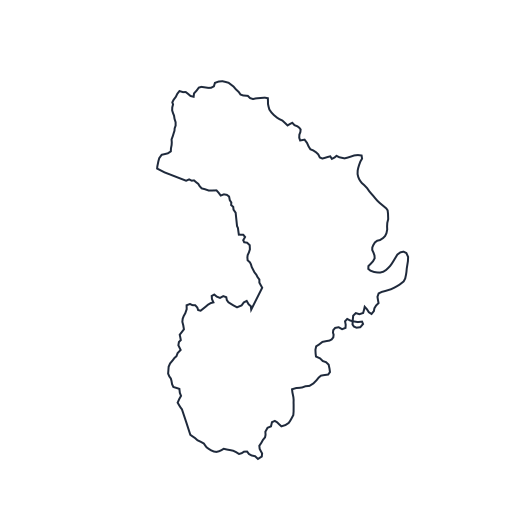 outline of Porto União, Santa Catarina, Brazil, rotated 63°
{"feature_id": "56859067B45353158898051", "entity_name": "Porto União", "entity_type": "district", "adm_level": 2, "iso_a3": "BRA", "parent_name": "Brazil", "parent_adm1": "Santa Catarina", "projection": "mercator", "projection_center": [-51.004, -26.394], "detail": "fine", "context": "isolated", "style": "outline", "palette": "slate", "viewbox_px": 512, "rotation_deg": 63, "n_neighbors": 0, "source": "geoboundaries", "source_scale": "gbopen_adm2", "svg_char_len": 5149}
<svg xmlns="http://www.w3.org/2000/svg" viewBox="0 0 512 512"><g transform="rotate(63 256 256)"><path d="M74.3,249.3L75.7,252.4L77.8,255.2L79.4,258.5L81.1,260.8L83.3,261.1L85.5,263.1L88.2,264.6L91.2,265.1L93.7,265.3L96.7,266.3L100.3,266.9L103.3,268.4L105.3,270.5L107.4,271.8L109.0,273.4L111.3,275.6L113.8,278.3L116.6,279.5L118.8,280.8L121.5,282.9L124.1,284.4L124.5,287.9L123.8,290.9L123.0,294.1L124.9,297.8L127.3,300.0L129.2,301.5L131.3,303.2L133.2,304.4L140.0,299.5L157.2,284.1L157.4,280.8L159.7,279.1L160.5,276.9L163.0,275.9L165.5,274.7L168.2,274.5L171.1,273.7L173.2,271.3L176.3,268.3L178.1,264.6L179.6,261.4L182.6,260.6L186.1,260.0L186.5,256.6L188.3,254.2L190.8,253.0L194.4,254.0L197.1,253.7L199.3,255.0L201.9,254.0L204.5,255.0L208.2,254.5L220.7,259.3L222.9,259.4L225.7,260.4L229.2,261.6L231.3,257.7L234.1,257.1L236.1,260.2L238.4,260.3L240.1,257.9L243.5,256.7L247.3,258.4L249.6,260.7L251.4,263.0L253.3,264.3L256.0,265.4L258.9,264.3L261.2,264.3L263.8,264.8L266.9,264.8L269.8,264.8L272.8,264.2L275.5,264.2L278.5,263.7L281.3,265.1L287.1,264.9L301.6,284.6L298.4,283.4L295.7,284.5L291.8,284.7L291.8,287.9L293.5,291.3L293.1,296.2L289.7,298.6L286.9,300.3L284.7,301.6L282.0,302.0L279.2,301.2L276.9,303.4L277.0,307.1L274.4,309.4L271.4,310.7L271.5,313.6L274.4,314.8L278.0,315.0L277.4,317.7L277.6,320.9L278.3,323.8L278.9,326.7L279.6,330.2L277.9,332.1L275.3,331.7L272.3,332.5L270.9,335.0L268.8,336.6L268.4,340.2L271.9,341.9L274.9,345.0L276.7,347.7L278.6,349.8L281.2,351.5L284.8,352.3L288.6,353.5L290.3,357.1L291.5,359.7L294.5,360.5L296.8,361.2L297.6,363.7L300.3,365.7L305.5,365.8L306.9,369.9L309.2,372.4L309.8,374.9L311.1,377.5L312.7,381.3L315.0,384.1L317.8,385.8L320.9,387.7L324.0,387.9L326.5,387.5L328.9,388.0L332.2,389.0L335.2,389.1L337.5,386.7L339.6,384.6L343.4,386.0L346.6,386.3L348.5,389.2L351.1,392.4L354.5,392.2L356.7,392.0L359.0,391.6L373.0,393.7L385.5,395.7L387.6,394.6L390.5,393.0L393.6,391.8L396.3,389.7L399.4,387.6L401.8,387.3L404.0,386.9L406.2,385.8L408.7,384.3L411.1,382.3L412.6,380.2L413.2,377.5L413.3,374.9L413.1,372.3L415.3,369.7L417.4,366.9L419.2,364.7L421.7,362.8L424.7,361.0L425.2,358.2L424.9,355.5L426.2,352.7L429.2,352.2L431.7,350.5L434.0,347.7L437.7,346.4L437.3,341.9L434.7,340.2L432.2,340.3L429.5,340.3L426.6,339.2L424.9,336.1L423.0,333.3L421.7,330.3L419.7,328.7L416.8,327.4L414.3,323.7L414.6,320.0L411.3,317.2L411.5,314.1L413.7,312.7L416.4,311.8L419.3,310.7L420.0,306.5L419.6,302.7L418.5,300.6L417.0,298.3L414.7,295.0L411.8,293.2L409.1,291.8L405.8,290.1L403.7,289.1L401.3,287.8L398.8,286.8L396.3,286.1L394.1,285.5L391.1,284.4L391.9,280.1L393.2,277.1L394.1,274.5L394.5,271.1L396.0,267.3L395.6,262.7L394.2,258.5L392.8,255.4L392.1,252.4L393.0,249.5L394.4,245.5L393.0,242.8L389.9,241.7L385.8,240.6L382.4,241.8L379.9,244.2L376.3,245.4L372.8,248.2L369.8,247.1L366.5,245.6L363.8,243.4L363.5,240.1L362.7,235.8L363.8,231.8L364.7,229.0L364.7,226.5L363.6,224.1L361.4,222.6L359.2,222.2L357.1,220.8L356.0,218.1L357.0,214.7L360.3,212.5L360.7,208.9L358.0,207.3L354.6,206.3L353.5,203.3L356.2,201.4L358.0,199.5L353.3,196.5L352.2,193.0L354.8,190.3L355.4,186.4L352.8,184.0L350.6,182.2L354.0,181.3L357.3,181.0L360.1,179.4L358.6,176.0L356.3,174.2L354.6,171.4L353.6,168.2L350.9,167.4L347.5,166.3L345.0,163.7L345.1,160.2L345.9,156.5L346.9,150.8L347.0,147.2L346.9,144.1L346.7,141.2L346.2,138.5L345.7,136.0L343.8,133.3L340.6,130.7L338.5,129.2L335.5,127.3L333.3,125.7L329.6,123.0L325.9,120.9L321.6,120.7L319.1,122.6L318.3,125.7L318.9,129.4L320.2,131.5L321.5,133.6L323.0,136.0L324.6,138.7L325.8,141.1L326.6,143.4L327.5,146.4L327.8,149.7L327.1,153.0L325.6,155.6L323.8,158.1L321.0,160.7L318.5,161.8L316.0,160.4L315.0,157.3L313.8,154.1L311.9,151.3L309.3,150.2L306.3,149.8L303.4,149.7L301.2,148.5L299.5,146.5L297.9,143.9L297.4,141.1L298.1,138.3L297.7,134.6L296.8,131.9L294.9,129.4L292.0,127.1L289.2,125.8L286.1,124.0L283.2,121.5L278.3,119.2L275.1,118.0L272.8,118.3L270.2,119.4L267.2,120.7L264.9,121.7L261.8,122.8L258.6,123.6L255.8,124.2L252.7,125.0L249.7,125.7L246.0,126.2L242.0,127.4L239.0,128.6L236.8,129.0L234.5,129.2L231.9,129.0L229.1,128.3L226.0,126.6L223.9,124.9L221.7,122.8L219.2,120.1L217.4,117.3L214.4,116.3L212.3,119.4L211.0,122.8L210.5,126.2L209.9,129.8L209.2,132.8L207.5,134.9L205.8,137.0L203.3,138.8L203.9,141.3L203.9,144.3L200.9,144.6L200.3,147.3L199.8,150.2L199.3,152.6L197.2,154.4L193.7,154.4L190.9,155.4L187.9,157.1L185.6,159.1L182.3,159.4L178.4,159.2L174.4,159.9L173.1,164.2L170.3,163.8L167.6,162.3L165.7,160.2L163.5,158.8L161.4,159.2L159.3,160.2L156.9,162.3L153.8,163.2L153.8,166.0L154.0,168.6L150.8,169.7L147.3,171.0L144.7,173.0L142.4,174.4L138.5,176.1L135.1,177.1L131.6,177.6L128.6,177.0L126.0,176.3L123.6,175.1L120.8,173.8L118.9,176.3L116.8,181.4L115.5,184.6L114.8,187.4L112.6,189.6L109.6,190.6L107.1,194.6L105.1,196.5L102.1,196.9L98.2,198.3L94.8,199.1L92.1,200.4L89.2,201.8L87.1,204.1L85.0,206.6L83.6,210.1L83.1,214.0L85.7,216.5L85.7,219.7L84.6,222.1L82.6,224.9L80.5,227.9L80.0,230.5L81.6,233.7L83.0,237.4L85.8,239.3L83.7,241.7L80.5,243.0L78.0,244.2L76.9,246.6L74.3,249.3ZM358.0,199.5L360.9,201.1L363.3,200.8L365.5,199.0L366.8,195.4L365.2,191.5L362.6,191.3L361.1,195.3L358.0,199.5Z" fill="none" stroke="#1e293b" stroke-width="2"/></g></svg>